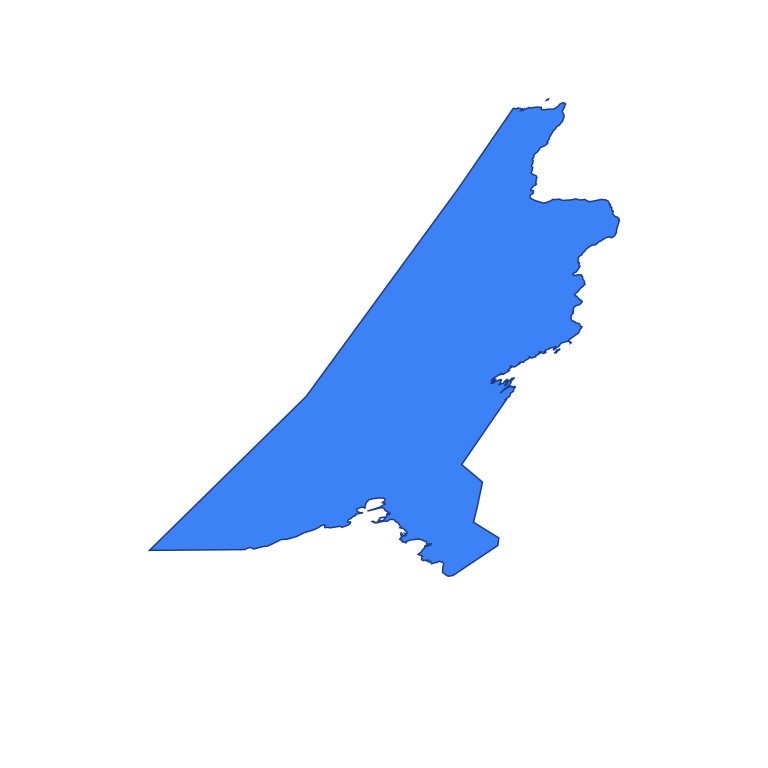 Reykjanesbær, Suðurnes, Iceland, rotated 157°
{"feature_id": "244011B48140939724428", "entity_name": "Reykjanesbær", "entity_type": "district", "adm_level": 2, "iso_a3": "ISL", "parent_name": "Iceland", "parent_adm1": "Suðurnes", "projection": "equal_earth", "projection_center": [-22.621, 63.919], "detail": "fine", "context": "isolated", "style": "filled", "palette": "blue", "viewbox_px": 768, "rotation_deg": 157, "n_neighbors": 0, "source": "geoboundaries", "source_scale": "gbopen_adm2", "svg_char_len": 6173}
<svg xmlns="http://www.w3.org/2000/svg" viewBox="0 0 768 768"><g transform="rotate(157 384 384)"><path d="M576.7,285.9L574.4,286.2L571.7,286.0L570.8,285.6L568.3,283.0L559.8,281.8L553.8,280.2L539.3,281.0L533.5,278.9L523.9,277.8L515.5,278.3L506.6,277.3L501.8,277.3L495.9,278.3L493.5,277.2L494.4,275.9L494.5,275.0L494.1,274.7L491.9,274.1L489.7,272.6L480.0,270.2L478.7,268.6L475.1,268.2L471.5,268.2L469.5,269.0L468.8,269.6L468.8,270.2L471.5,271.1L470.7,272.5L469.4,273.1L466.8,273.2L464.9,274.0L461.4,274.1L460.6,275.0L459.6,275.0L455.0,273.9L453.5,273.9L458.1,275.2L457.3,276.0L457.9,276.3L458.4,279.0L457.9,279.6L452.4,279.3L451.7,278.6L450.2,278.3L450.4,277.4L449.9,277.4L449.5,277.7L449.6,278.5L447.6,280.6L447.4,281.5L443.3,283.3L439.2,282.8L433.0,281.0L429.7,279.5L428.5,278.6L427.9,277.5L429.1,276.0L431.9,275.4L429.7,273.4L429.8,272.9L433.3,272.8L435.4,272.2L448.9,273.5L434.8,271.3L432.6,269.6L432.3,266.9L429.9,264.2L430.6,263.5L432.9,263.0L429.1,262.9L429.1,262.2L429.6,261.8L432.4,262.2L434.2,260.8L439.8,262.5L440.8,261.7L440.4,261.6L439.6,262.2L434.3,260.6L437.9,258.6L442.4,260.3L441.7,261.1L442.1,261.1L443.6,259.3L444.6,259.5L446.6,260.4L447.8,262.1L448.7,262.1L447.1,260.0L444.9,259.0L438.4,258.0L434.4,256.4L432.0,256.9L430.5,256.7L428.0,255.3L427.1,254.2L427.3,253.3L425.1,250.1L424.6,246.6L425.5,245.6L424.3,245.2L424.5,244.5L422.9,243.9L420.7,238.7L421.5,237.4L423.3,238.5L423.1,237.9L421.9,237.3L423.3,236.8L423.9,237.2L423.5,236.7L424.6,236.9L424.3,236.3L425.7,236.5L424.9,236.7L426.1,236.5L425.5,237.5L426.2,240.1L426.8,240.1L426.6,239.3L427.4,238.9L427.3,236.8L430.2,234.9L428.7,233.8L428.5,233.3L429.2,233.1L429.2,232.7L428.3,231.0L426.7,230.3L426.3,229.4L425.4,229.3L425.0,230.2L420.7,230.1L412.4,227.6L409.1,225.0L408.9,224.3L406.5,222.0L407.4,219.8L408.3,218.7L407.8,218.6L406.6,219.7L402.8,218.5L403.7,217.7L407.7,217.9L408.8,218.1L409.7,218.9L410.0,217.7L414.1,215.9L414.5,215.1L419.2,213.9L415.9,210.5L416.9,209.9L417.3,208.5L418.1,207.7L417.0,206.2L415.6,206.1L415.1,205.5L412.5,204.7L413.3,204.1L412.2,203.2L412.4,202.9L410.7,202.6L411.2,202.0L410.7,201.5L410.4,199.9L406.5,199.5L405.0,199.0L403.9,199.4L402.2,199.1L399.6,196.8L399.3,196.1L399.5,194.9L401.1,192.9L403.7,187.8L401.0,183.0L399.6,181.8L395.3,180.8L342.3,190.9L338.5,197.5L355.6,221.8L345.6,235.2L331.7,255.2L344.0,279.5L276.8,322.3L279.3,322.1L272.7,323.8L271.3,326.0L267.6,326.8L266.7,328.7L264.2,329.9L264.8,330.8L267.3,331.1L267.2,332.0L268.4,332.6L276.5,331.5L280.5,330.1L276.2,332.0L269.0,333.9L266.3,335.9L266.5,336.9L263.0,338.0L262.0,338.7L263.8,339.3L266.1,338.4L268.7,338.0L269.5,337.6L270.5,335.9L273.4,335.3L273.4,335.7L271.7,336.5L271.2,337.9L268.6,339.2L268.5,339.9L270.5,339.9L274.4,338.0L276.1,338.4L278.5,338.1L278.5,338.6L276.1,339.3L276.4,340.1L274.4,341.7L274.4,342.3L276.0,342.7L280.5,342.8L283.5,341.9L284.8,342.8L279.4,344.6L279.9,345.3L283.9,344.8L283.4,345.6L281.2,346.5L277.9,347.0L277.0,346.8L275.7,347.5L274.1,347.3L272.5,348.1L271.8,347.7L272.8,347.1L271.2,346.9L270.7,346.3L264.0,347.3L263.7,347.4L264.3,347.7L263.9,348.6L261.4,349.2L261.1,349.6L261.3,350.4L260.6,351.1L259.7,350.6L260.4,349.6L258.2,349.5L257.1,348.7L253.6,349.2L253.0,349.6L251.4,349.5L250.8,349.9L251.9,350.2L250.5,350.5L250.1,351.1L247.0,349.4L245.2,350.4L241.3,350.8L239.4,352.2L238.9,352.0L239.1,351.0L238.0,350.3L233.7,349.8L232.9,351.2L231.9,350.8L228.1,351.4L228.0,352.1L228.9,352.4L228.8,352.8L226.7,352.4L226.1,350.4L224.8,349.7L222.5,349.9L222.4,350.2L223.8,351.2L221.6,352.1L218.9,351.7L217.1,352.2L213.7,351.5L213.3,351.1L212.2,351.5L211.6,351.2L212.8,350.2L214.4,349.8L214.5,349.2L214.0,349.1L210.1,350.4L208.2,350.4L205.7,352.2L204.0,352.4L197.6,351.4L196.0,349.0L196.3,348.7L195.6,348.8L195.5,349.1L197.0,351.2L197.2,352.0L196.8,352.4L184.9,355.0L182.6,357.2L179.4,359.2L180.5,360.7L180.6,363.1L184.0,365.9L184.0,366.8L186.1,368.7L186.6,369.8L185.9,372.1L184.4,374.5L182.1,375.2L182.3,376.4L181.3,376.8L179.9,380.0L177.0,381.1L173.0,380.7L171.3,381.2L169.3,382.4L169.7,383.9L171.4,386.2L172.4,389.6L173.9,390.8L173.5,391.9L168.7,393.7L165.9,395.3L161.9,396.4L159.9,397.4L160.1,398.9L159.4,400.1L160.0,403.5L159.3,405.0L159.8,407.3L161.1,408.1L166.0,409.5L167.5,410.5L167.0,411.7L162.6,412.3L157.5,415.9L158.1,416.7L158.0,417.8L156.8,419.0L157.9,420.0L158.1,420.7L156.4,422.0L156.5,423.4L156.0,424.4L153.2,425.5L151.4,425.6L149.9,427.0L146.9,428.0L145.3,429.1L140.2,430.4L138.6,430.5L134.5,429.5L130.6,431.0L128.8,430.9L122.3,432.0L118.9,431.4L118.5,431.2L118.4,430.3L117.0,429.7L114.1,430.2L111.1,432.4L109.2,435.7L103.5,442.5L104.0,442.9L103.1,444.0L104.0,446.6L105.5,447.3L107.0,450.6L106.8,451.7L105.4,453.6L106.6,454.7L105.4,457.5L106.2,458.0L105.8,458.9L106.5,459.8L105.5,460.5L105.6,461.3L106.1,461.7L106.2,464.9L107.9,466.8L112.0,469.0L121.8,471.0L124.6,472.2L127.0,475.4L131.6,476.7L135.2,479.5L140.0,480.4L147.9,483.2L150.4,485.7L154.7,486.9L156.2,488.0L158.5,487.5L163.8,487.6L166.7,488.4L173.1,493.7L175.6,496.5L176.4,497.9L176.6,499.3L176.4,500.1L175.3,500.7L172.5,501.2L171.0,502.9L171.1,503.8L173.2,504.9L172.3,506.3L168.6,508.0L167.1,507.8L165.5,508.5L165.9,510.1L164.9,510.8L164.3,512.3L162.7,514.2L162.4,515.6L163.0,516.8L164.9,518.4L166.2,521.0L163.8,523.0L163.6,523.9L162.6,524.8L162.5,525.3L163.1,526.6L162.9,527.5L160.9,529.0L160.9,529.7L159.5,530.8L159.9,533.0L158.3,533.5L158.1,534.1L157.0,534.7L156.9,536.0L155.9,536.6L151.9,537.8L148.8,539.6L148.3,540.5L142.7,540.6L139.7,541.4L139.0,541.9L139.3,543.1L136.6,544.6L135.1,546.6L128.6,551.3L126.6,551.8L124.4,553.4L121.4,553.8L116.7,556.4L113.8,559.7L113.2,561.4L113.6,564.6L113.2,565.6L109.1,568.8L108.8,570.4L107.4,570.7L107.6,571.5L109.0,572.9L110.3,573.0L113.3,572.8L114.4,571.7L120.3,570.7L125.4,572.8L129.7,573.9L131.8,575.1L131.1,577.2L135.5,579.4L141.1,580.7L142.0,581.8L147.2,581.8L147.9,582.0L147.8,582.3L148.9,581.6L151.2,582.1L148.6,583.6L150.3,583.3L151.0,584.6L153.2,585.8L154.3,585.4L157.3,587.2L239.2,534.9L460.4,403.0L664.9,322.5L576.7,285.9ZM213.3,346.5L214.6,346.0L214.6,345.7L213.1,345.5L211.0,346.7L209.0,346.9L208.7,347.5L212.2,347.6L213.3,346.5ZM123.5,581.7L121.7,581.5L121.2,582.1L122.6,582.2L123.5,581.7Z" fill="#3b82f6" stroke="#1e3a8a" stroke-width="1.5"/></g></svg>